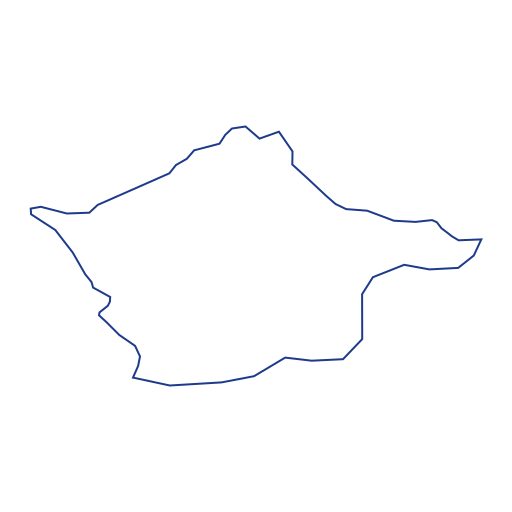 SVG path tracing the border of Pargaujas
{"feature_id": "LVA-5793", "entity_name": "Pargaujas", "entity_type": "Municipality", "adm_level": 1, "iso_a3": "LVA", "parent_name": "Latvia", "parent_adm1": "", "projection": "robinson", "projection_center": [25.076, 57.369], "detail": "fine", "context": "isolated", "style": "outline", "palette": "blue", "viewbox_px": 512, "rotation_deg": 0, "n_neighbors": 0, "source": "natural_earth", "source_scale": "10m", "svg_char_len": 858}
<svg xmlns="http://www.w3.org/2000/svg" viewBox="0 0 512 512"><path d="M245.5,126.5L259.5,138.6L278.9,131.7L292.5,151.4L292.3,164.5L307.0,177.9L326.1,195.8L335.5,204.0L346.1,209.1L367.2,210.7L393.8,220.7L415.5,221.9L432.1,220.1L436.8,222.2L441.4,228.2L452.2,236.5L458.6,240.3L481.3,239.4L473.8,255.5L458.2,267.9L429.4,269.4L404.2,264.8L372.9,277.2L362.1,294.2L362.2,328.2L362.2,339.1L343.0,359.2L311.7,360.7L285.2,357.6L254.0,376.2L221.5,382.4L169.8,385.5L133.0,377.6L138.1,366.0L140.0,356.5L135.1,345.9L119.2,334.9L106.2,321.9L99.0,315.3L99.5,312.4L107.9,305.7L109.9,301.6L110.2,297.0L93.1,287.6L91.5,282.0L85.3,274.4L72.7,252.5L55.3,230.0L31.1,214.3L30.7,208.6L40.8,206.8L66.9,213.5L89.3,212.7L97.7,204.9L169.4,173.3L176.0,165.0L186.8,158.8L194.2,150.3L219.5,143.7L225.3,134.8L232.0,128.5L245.5,126.5Z" fill="none" stroke="#1e3a8a" stroke-width="2"/></svg>